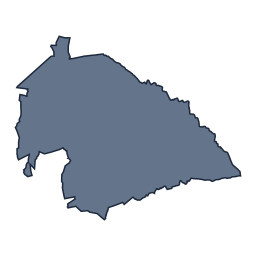 outline of Gutu, Masvingo, Zimbabwe
{"feature_id": "62879985B73698916591345", "entity_name": "Gutu", "entity_type": "district", "adm_level": 2, "iso_a3": "ZWE", "parent_name": "Zimbabwe", "parent_adm1": "Masvingo", "projection": "natural_earth1", "projection_center": [31.544, -19.591], "detail": "fine", "context": "isolated", "style": "filled", "palette": "slate", "viewbox_px": 256, "rotation_deg": 0, "n_neighbors": 0, "source": "geoboundaries", "source_scale": "gbopen_adm2", "svg_char_len": 5742}
<svg xmlns="http://www.w3.org/2000/svg" viewBox="0 0 256 256"><path d="M240.6,175.9L240.2,173.8L240.1,172.2L239.7,171.2L239.2,170.9L237.9,169.4L232.6,164.8L231.3,162.0L228.8,155.4L228.2,154.4L228.0,153.7L227.8,153.1L227.2,152.4L226.2,152.0L225.5,151.9L223.9,151.1L220.7,147.3L220.6,147.6L220.2,147.1L219.0,146.9L218.0,146.2L217.8,145.9L218.0,144.4L217.9,144.0L217.7,143.8L216.8,143.6L216.6,143.4L216.4,142.9L216.5,142.2L216.2,141.7L215.6,141.5L214.8,141.6L214.5,141.4L214.5,141.0L214.5,140.1L215.3,136.2L214.9,134.1L214.5,133.8L213.7,133.8L213.3,133.6L212.7,133.2L210.8,131.4L209.6,131.0L209.4,130.8L209.3,130.4L208.9,129.9L208.8,128.7L207.9,128.2L207.0,128.1L206.0,127.9L205.5,126.8L205.2,126.5L204.4,126.4L203.5,126.5L203.1,126.5L202.7,127.0L202.1,126.9L201.4,126.9L199.8,126.6L199.4,126.2L199.2,125.7L199.1,124.0L198.8,121.7L197.8,118.6L197.5,118.0L197.3,117.8L195.8,117.8L195.4,117.6L195.1,117.1L194.6,115.1L194.2,114.8L193.4,114.2L192.7,114.1L190.2,114.0L189.9,113.8L189.7,113.1L189.7,110.4L189.1,108.6L189.3,108.0L189.3,107.7L188.7,106.4L188.8,104.6L188.5,103.8L189.0,103.1L189.0,102.6L188.9,101.9L188.6,101.3L188.4,101.2L187.4,101.1L186.5,101.5L185.8,102.0L185.3,102.2L184.0,102.2L183.6,102.1L183.4,101.8L182.7,100.5L182.3,100.4L181.0,101.0L180.5,101.1L179.2,101.6L178.8,101.3L178.3,100.5L177.9,99.2L177.5,98.4L177.2,98.2L176.8,98.2L176.0,98.6L175.3,98.9L174.2,99.0L173.8,99.8L173.5,100.0L173.0,100.1L172.7,99.7L172.4,99.6L171.0,100.3L170.6,100.2L170.2,99.8L169.9,98.9L169.6,98.3L169.2,98.1L169.0,97.8L168.4,96.2L167.2,93.9L167.0,93.1L166.6,92.6L166.4,92.0L166.0,91.8L165.7,91.9L164.7,91.6L164.3,91.3L164.1,91.3L163.9,91.4L163.5,91.3L162.9,91.1L162.6,90.9L162.2,89.6L162.5,87.3L162.3,87.1L161.8,86.8L161.6,86.5L160.6,86.2L160.0,86.1L159.0,85.6L158.4,85.4L157.9,85.5L157.4,85.5L156.5,85.4L156.1,85.0L156.0,84.5L156.1,83.9L155.9,83.6L154.9,82.9L154.3,82.8L153.8,82.8L152.8,83.6L152.4,83.7L151.5,84.5L151.0,84.6L150.8,84.3L150.5,83.7L149.4,82.1L148.8,80.6L148.3,80.3L148.0,80.2L147.7,80.2L147.3,80.7L147.1,81.2L147.0,81.8L146.7,82.4L146.5,83.6L146.2,83.8L145.7,83.7L145.1,82.9L144.7,82.2L142.2,83.2L141.8,83.2L141.5,83.1L140.7,82.3L140.0,82.2L139.6,82.0L139.4,81.7L139.2,81.2L137.4,78.9L137.2,78.5L136.1,77.6L134.7,76.1L134.5,75.7L134.1,75.4L133.1,75.0L132.2,73.7L131.5,73.3L130.4,72.3L129.9,72.1L129.5,71.6L128.5,71.2L127.2,70.1L125.9,69.6L125.4,68.9L124.7,67.6L124.4,67.3L123.5,67.0L121.7,65.8L121.0,65.2L119.9,63.7L118.9,63.2L116.8,62.7L115.5,62.1L114.3,61.1L114.0,60.9L112.5,59.1L111.9,59.0L110.6,58.3L109.1,57.2L108.6,56.5L108.3,56.2L107.5,56.3L106.8,56.2L105.8,55.2L104.5,55.5L104.0,55.4L103.7,54.6L103.2,54.0L98.1,54.6L95.6,55.0L90.9,55.4L85.3,56.1L84.5,56.1L72.7,58.6L71.9,58.6L69.4,59.0L69.4,58.1L70.2,57.1L68.2,52.1L68.3,46.0L69.9,37.8L64.8,37.8L59.2,36.3L56.1,42.8L56.3,45.4L51.2,45.3L50.8,46.4L50.8,46.6L51.7,47.4L53.8,51.6L54.1,56.1L51.5,56.2L50.4,56.9L17.3,86.6L16.8,87.6L27.8,89.0L27.5,89.8L27.2,89.8L28.1,91.4L27.0,93.1L26.9,96.2L24.2,95.4L20.0,94.5L19.6,97.4L19.4,99.5L19.2,100.2L20.8,101.7L20.9,108.9L21.0,109.1L21.1,113.6L20.9,115.4L20.3,117.2L19.3,119.1L19.2,120.3L19.8,121.4L17.2,123.5L16.7,125.9L15.4,127.4L17.1,131.2L19.3,137.6L18.6,142.2L18.6,147.9L17.0,148.8L17.1,151.4L17.0,154.4L17.5,155.4L17.4,156.9L18.5,159.8L29.2,154.4L28.9,156.8L28.4,158.7L28.2,162.7L27.3,162.8L26.4,164.3L25.8,168.0L23.6,170.0L24.2,170.7L23.7,172.5L24.8,174.4L26.2,175.4L27.6,176.6L32.0,175.5L30.8,170.8L30.1,164.2L34.5,168.8L35.2,159.8L36.6,158.5L36.8,157.0L38.0,155.9L38.9,154.2L39.2,151.6L44.3,153.8L44.6,153.8L50.5,152.3L59.6,149.5L63.0,147.8L63.3,148.0L63.6,148.5L63.9,148.7L63.9,149.1L64.1,149.5L64.7,149.6L65.4,150.0L65.8,150.7L66.7,150.7L66.8,151.1L66.8,151.7L67.2,154.1L68.5,158.3L68.3,158.4L68.6,158.5L68.7,158.3L70.6,160.5L69.3,162.8L65.2,165.9L63.5,171.6L61.8,174.7L61.6,181.4L62.7,182.9L62.5,187.6L62.4,187.6L63.8,195.0L64.7,198.7L74.7,196.8L75.0,199.1L67.7,203.9L68.0,206.0L67.4,206.9L68.0,207.9L70.3,207.4L75.9,206.3L81.1,211.3L87.7,210.7L89.8,212.2L96.9,213.5L97.4,213.8L98.6,214.8L102.0,217.8L104.4,219.7L105.6,218.5L105.5,217.7L105.9,215.5L106.3,215.1L106.0,214.6L106.6,213.7L106.7,213.1L106.7,212.3L107.5,211.6L107.5,210.6L108.0,209.9L108.2,208.3L108.5,207.5L114.3,205.6L122.7,202.4L124.2,204.4L131.4,198.4L132.2,197.7L133.2,197.2L134.5,198.8L135.0,199.1L135.4,199.1L135.7,199.0L136.0,199.3L135.9,199.4L137.6,200.1L140.3,200.0L142.7,198.0L145.5,196.8L146.2,195.1L147.7,195.8L148.9,193.5L151.6,192.6L153.0,192.6L154.5,193.4L154.6,192.1L156.6,188.8L156.8,188.9L157.0,188.9L157.3,189.3L157.7,189.4L157.8,189.2L158.0,189.1L158.5,189.4L158.8,189.4L159.8,188.8L160.0,188.6L160.1,188.1L160.6,188.0L160.7,188.5L161.0,188.5L161.8,188.0L162.5,187.4L163.0,187.4L163.7,186.6L164.8,186.1L165.2,186.2L165.8,187.0L166.4,188.2L167.2,189.4L171.6,188.4L171.9,188.0L172.0,187.2L172.2,186.8L174.9,186.3L175.9,185.7L177.7,185.6L178.3,185.2L179.1,184.9L179.4,184.3L179.8,181.6L180.1,180.9L180.5,180.6L180.8,180.7L182.0,182.1L182.4,182.3L183.3,183.0L183.9,182.9L185.2,184.1L185.9,183.9L186.3,183.9L186.5,183.3L187.0,182.9L187.1,182.7L187.1,182.3L187.0,181.7L187.2,181.2L187.5,181.2L187.7,181.5L187.9,181.5L188.2,180.8L188.5,180.8L189.0,181.0L189.5,181.0L190.0,179.9L190.7,179.1L190.9,178.3L191.1,178.2L192.0,178.3L193.7,178.7L194.6,178.6L195.7,178.9L196.2,178.9L196.5,178.6L197.4,178.8L198.7,178.9L200.4,179.3L201.5,179.2L201.7,179.4L202.4,179.5L203.5,179.9L204.3,180.0L205.0,180.2L206.1,180.1L207.6,179.9L209.6,180.0L210.3,180.3L211.5,181.1L212.7,181.3L213.2,181.1L215.9,179.7L218.3,179.6L219.7,179.3L220.2,179.1L221.4,178.4L222.7,178.3L223.7,178.0L225.6,177.7L226.0,177.8L226.7,178.3L228.3,178.1L230.8,177.7L232.1,176.9L232.7,176.8L233.7,176.8L236.1,176.5L238.9,175.8L240.6,175.9Z" fill="#64748b" stroke="#1e293b" stroke-width="1.5"/></svg>